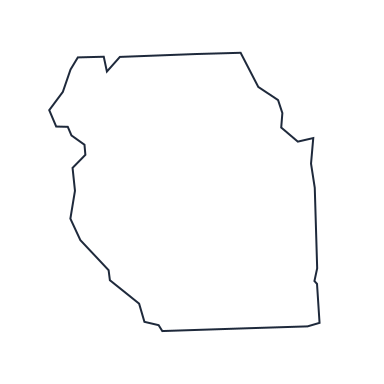 the district of Hickman, Tennessee, United States of America, rotated 81°
{"feature_id": "52423323B57415980272372", "entity_name": "Hickman", "entity_type": "district", "adm_level": 2, "iso_a3": "USA", "parent_name": "United States of America", "parent_adm1": "Tennessee", "projection": "robinson", "projection_center": [-87.5, 35.801], "detail": "fine", "context": "isolated", "style": "outline", "palette": "slate", "viewbox_px": 384, "rotation_deg": 81, "n_neighbors": 0, "source": "geoboundaries", "source_scale": "gbopen_adm2", "svg_char_len": 610}
<svg xmlns="http://www.w3.org/2000/svg" viewBox="0 0 384 384"><g transform="rotate(81 192 192)"><path d="M157.7,63.8L158.8,79.6L142.3,93.8L128.2,90.4L114.7,92.6L98.6,110.1L62.1,122.2L56.3,166.9L47.3,242.1L59.7,257.2L44.6,258.0L41.2,283.7L52.0,292.8L72.9,303.9L88.8,320.2L106.1,315.9L108.2,304.5L117.3,302.2L128.5,290.8L138.6,291.5L149.5,306.2L172.5,307.4L199.3,316.3L222.1,309.8L256.2,286.6L266.3,286.9L294.0,261.7L312.8,259.3L318.3,245.8L324.7,243.1L335.2,159.0L342.8,98.9L341.2,86.5L302.3,82.9L299.1,85.0L286.9,80.3L207.1,70.1L182.6,70.0L157.7,63.8Z" fill="none" stroke="#1e293b" stroke-width="2"/></g></svg>